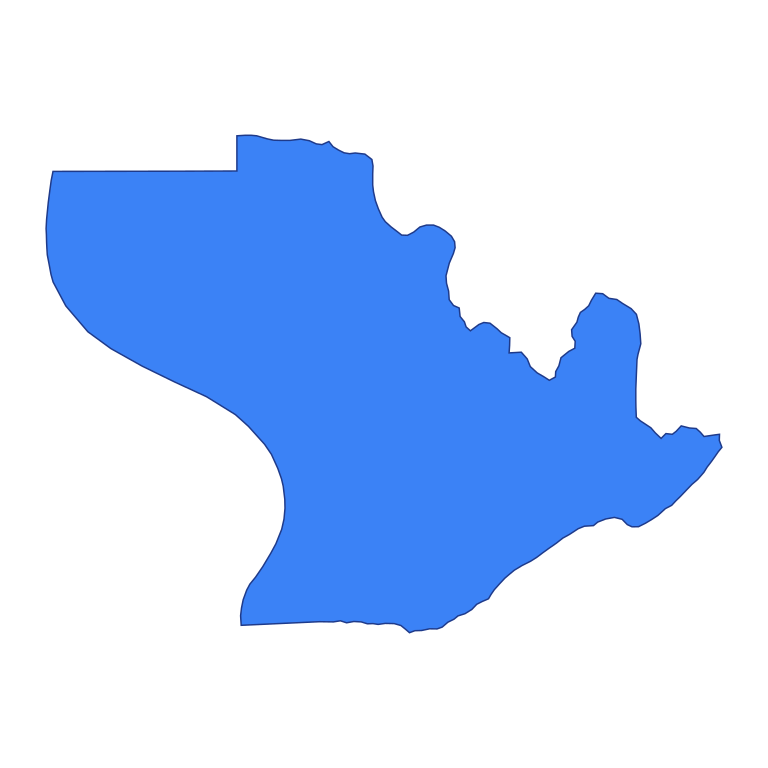 Salvador, Bahia, Brazil (Albers equal-area conic projection)
{"feature_id": "56859067B88878728392294", "entity_name": "Salvador", "entity_type": "district", "adm_level": 2, "iso_a3": "BRA", "parent_name": "Brazil", "parent_adm1": "Bahia", "projection": "albers", "projection_center": [-38.466, -12.875], "detail": "fine", "context": "isolated", "style": "filled", "palette": "blue", "viewbox_px": 768, "rotation_deg": 0, "n_neighbors": 0, "source": "geoboundaries", "source_scale": "gbopen_adm2", "svg_char_len": 2887}
<svg xmlns="http://www.w3.org/2000/svg" viewBox="0 0 768 768"><path d="M328.9,141.5L322.0,144.6L316.3,143.9L309.3,140.7L300.8,139.1L290.0,140.4L280.9,140.4L273.7,140.2L267.0,138.8L256.7,135.8L251.4,135.3L244.9,135.3L236.9,135.8L236.9,171.0L180.8,171.2L53.0,171.4L51.2,180.5L49.8,190.7L48.3,202.2L47.7,208.2L46.6,219.3L46.1,228.6L46.4,234.5L46.6,242.4L46.9,248.4L47.3,254.9L49.1,264.2L51.0,274.4L53.1,282.0L60.7,296.3L65.8,305.9L87.9,331.8L110.9,348.6L142.1,366.1L175.3,382.3L206.5,396.7L235.4,414.6L242.1,420.6L248.5,426.4L264.6,444.3L271.4,454.3L277.8,468.4L281.5,478.9L283.2,486.1L284.8,499.3L285.0,508.3L284.0,519.1L281.7,529.3L275.9,543.8L270.8,553.2L262.8,566.6L255.6,577.1L249.9,584.1L246.7,590.1L243.2,599.7L241.5,608.0L240.6,615.7L241.2,625.3L319.4,621.7L333.4,621.9L340.4,620.8L346.6,622.8L353.8,621.5L361.2,621.9L367.4,623.8L373.0,623.6L378.1,624.4L385.3,623.4L394.2,623.6L400.9,625.5L405.7,629.4L409.5,632.7L414.9,630.7L421.6,630.5L429.6,628.8L437.1,628.9L442.2,627.1L447.9,622.2L454.0,619.2L458.0,615.9L465.0,613.7L471.9,609.4L476.7,604.3L482.2,601.5L488.5,598.8L491.0,594.5L494.3,589.7L499.3,584.1L504.7,578.3L509.0,574.6L514.3,570.2L521.9,565.6L530.8,561.1L536.8,557.3L542.6,552.9L549.1,548.2L556.3,543.2L562.8,538.1L569.5,534.4L574.1,531.4L578.2,528.7L584.4,526.2L593.5,525.6L597.7,522.1L605.6,519.0L614.4,517.4L622.1,519.3L627.3,524.6L632.0,526.8L638.5,526.7L645.5,523.2L652.0,519.3L657.8,515.5L665.4,508.6L671.7,505.3L675.8,500.9L680.6,496.2L686.8,489.7L691.9,484.4L697.6,479.5L703.9,472.3L707.2,467.0L711.5,461.4L714.7,456.9L718.3,451.7L721.9,447.3L719.3,440.4L719.5,434.3L714.2,435.0L704.0,436.5L700.3,432.2L696.2,428.5L689.5,428.0L681.2,425.9L676.2,431.3L672.3,434.3L665.9,433.6L661.1,438.4L655.3,432.9L650.9,427.8L645.0,423.9L640.4,420.9L636.3,417.3L635.9,406.9L635.8,400.0L635.8,389.0L636.4,373.8L636.7,366.9L637.0,359.5L638.0,354.3L640.8,343.8L640.1,333.8L638.9,324.0L636.4,314.3L631.1,308.6L622.5,303.4L616.8,299.5L608.9,298.3L602.7,293.7L595.7,293.2L591.4,300.3L588.7,305.8L584.7,309.4L580.4,312.4L578.3,317.1L576.9,322.2L571.6,329.7L572.1,336.4L575.2,341.3L574.8,348.2L568.8,351.4L561.0,357.7L558.9,365.8L555.7,371.6L555.4,377.0L549.3,380.3L544.4,377.1L537.2,372.9L530.3,366.6L527.2,358.9L521.3,352.2L514.4,352.6L509.1,352.9L509.6,345.4L509.8,337.7L501.2,332.7L497.2,328.9L490.0,323.2L483.8,322.5L478.9,324.5L470.4,330.8L466.1,326.9L464.4,321.8L460.1,316.5L459.2,308.0L453.5,305.5L449.2,299.7L448.6,291.1L446.5,283.2L446.0,275.8L449.3,263.1L453.4,253.5L455.1,247.7L454.6,241.7L451.4,236.2L445.2,231.0L439.3,227.3L433.6,225.1L426.4,225.1L419.9,227.0L413.7,232.1L407.5,235.3L401.7,235.1L396.7,231.2L391.2,227.0L385.3,221.7L382.1,217.2L378.4,208.9L375.4,200.6L373.5,191.8L372.7,185.0L372.7,174.0L373.0,166.0L371.9,159.5L364.9,154.1L355.2,153.0L349.6,153.7L344.0,152.8L338.4,150.0L333.0,146.7L328.9,141.5Z" fill="#3b82f6" stroke="#1e3a8a" stroke-width="1.5"/></svg>